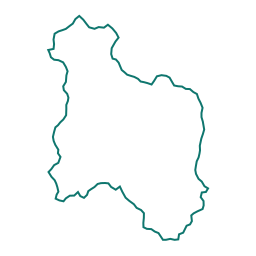 outline of Contagem, Minas Gerais, Brazil, rotated 181°
{"feature_id": "56859067B35931287026630", "entity_name": "Contagem", "entity_type": "district", "adm_level": 2, "iso_a3": "BRA", "parent_name": "Brazil", "parent_adm1": "Minas Gerais", "projection": "robinson", "projection_center": [-44.079, -19.891], "detail": "fine", "context": "isolated", "style": "outline", "palette": "teal", "viewbox_px": 256, "rotation_deg": 181, "n_neighbors": 0, "source": "geoboundaries", "source_scale": "gbopen_adm2", "svg_char_len": 2051}
<svg xmlns="http://www.w3.org/2000/svg" viewBox="0 0 256 256"><g transform="rotate(181 128 128)"><path d="M199.1,56.1L195.3,54.4L191.2,53.6L188.9,56.6L185.0,59.3L180.6,59.5L176.9,63.1L174.5,59.1L170.8,57.4L167.8,60.4L166.6,64.2L164.0,66.1L160.5,68.4L157.4,71.5L154.1,72.4L150.0,72.6L146.6,72.3L143.9,68.8L139.2,66.1L135.1,69.3L132.6,64.2L129.2,58.3L125.5,55.2L120.8,51.9L118.0,48.3L113.5,46.2L110.6,43.1L110.6,38.3L111.0,33.3L110.8,29.1L107.4,27.5L102.9,27.3L99.4,24.9L95.7,23.5L93.0,19.6L91.1,16.8L88.0,16.9L83.8,17.9L79.4,17.0L75.8,17.5L75.1,22.6L71.0,24.3L69.2,28.1L67.7,31.3L64.3,32.7L62.5,36.0L63.2,41.7L60.9,43.8L57.1,45.9L52.0,48.3L51.0,51.9L51.2,56.3L54.1,60.1L53.1,64.8L49.0,65.4L46.9,69.0L50.5,71.1L53.3,75.7L56.6,78.4L59.2,83.3L60.0,87.2L59.4,91.5L58.7,95.9L56.9,99.8L56.1,103.6L55.6,107.0L55.9,111.5L54.5,118.7L53.0,123.3L51.8,127.8L53.3,135.7L54.7,140.1L54.8,144.3L53.8,149.5L55.9,154.5L58.1,158.6L59.7,163.2L63.3,165.1L66.8,168.0L70.9,168.1L74.7,170.4L78.6,170.6L82.6,171.3L84.8,174.9L87.3,179.1L90.6,180.8L95.4,181.4L100.0,180.2L102.7,175.6L105.2,171.9L109.2,173.2L112.8,174.1L116.2,174.7L118.8,177.3L122.6,179.2L126.2,180.2L129.8,181.3L132.5,183.7L135.3,185.9L136.9,189.5L138.5,193.2L141.3,196.3L144.6,197.1L146.1,201.6L145.7,207.5L143.8,211.0L142.0,214.3L139.0,218.2L141.5,222.8L145.4,227.3L149.9,230.9L153.8,227.9L159.1,228.4L163.2,226.6L168.6,228.0L171.3,231.3L174.6,235.5L178.7,239.2L182.5,236.0L185.0,231.4L187.9,229.2L191.9,226.0L195.3,224.7L199.1,223.4L203.0,221.0L204.0,215.2L203.4,210.6L203.8,205.8L209.1,204.6L207.6,201.4L206.3,197.4L203.1,195.0L198.7,194.6L194.0,192.5L191.2,188.0L189.4,183.7L190.5,179.6L190.9,173.0L193.5,168.6L192.8,164.7L189.4,161.1L188.1,157.3L188.6,153.9L190.1,150.0L190.0,146.0L190.1,139.7L192.8,135.4L195.8,132.5L198.1,129.5L200.6,127.4L201.9,122.5L202.9,117.8L202.1,113.8L200.4,109.9L197.3,105.1L197.6,101.5L195.0,97.9L197.1,91.9L201.2,89.6L204.0,85.5L206.7,82.6L203.7,77.9L200.4,74.5L198.8,71.2L197.6,67.6L196.5,63.1L198.2,60.1L199.1,56.1Z" fill="none" stroke="#0f766e" stroke-width="2"/></g></svg>